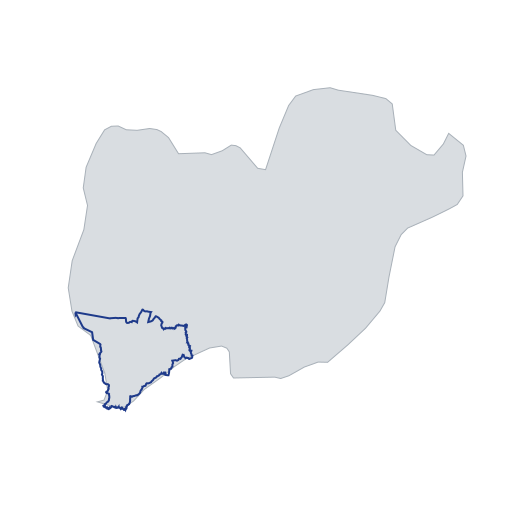 location of Nyagatare, Eastern, Rwanda, rotated 194°
{"feature_id": "39286606B31387731734731", "entity_name": "Nyagatare", "entity_type": "district", "adm_level": 2, "iso_a3": "RWA", "parent_name": "Rwanda", "parent_adm1": "Eastern", "projection": "robinson", "projection_center": [30.27, -1.298], "detail": "fine", "context": "in_parent", "style": "outline", "palette": "blue", "viewbox_px": 512, "rotation_deg": 194, "n_neighbors": 0, "source": "geoboundaries", "source_scale": "gbopen_adm2", "svg_char_len": 6856}
<svg xmlns="http://www.w3.org/2000/svg" viewBox="0 0 512 512"><g transform="rotate(194 256 256)"><path d="M202.4,143.1L208.5,143.0L248.3,132.2L252.2,135.6L258.7,156.5L262.0,159.5L267.6,160.3L278.8,155.5L299.3,139.1L308.2,129.2L318.7,115.2L332.2,99.4L339.7,85.7L347.0,77.6L356.6,75.2L367.2,75.8L374.6,76.1L368.6,79.4L367.3,89.5L374.3,105.6L397.1,138.9L411.7,145.0L421.2,157.9L430.5,179.7L433.2,207.0L429.4,239.9L431.7,264.3L440.1,280.3L442.3,301.0L438.3,326.6L433.4,341.8L427.7,346.9L421.2,348.8L412.4,347.1L401.7,349.2L390.0,354.0L382.7,354.7L378.1,353.8L369.5,349.7L355.9,336.5L330.5,343.8L323.7,343.6L314.3,349.9L306.8,357.6L302.2,358.2L297.5,357.1L275.6,341.5L267.6,342.1L264.4,385.8L260.7,410.0L256.2,420.8L240.6,431.3L224.8,437.2L216.2,436.8L181.6,440.1L168.0,440.1L160.6,436.5L150.8,411.8L132.5,400.7L114.8,395.6L107.7,397.0L101.3,410.0L98.7,421.6L81.6,413.6L76.4,403.8L76.0,387.2L69.7,364.4L73.2,354.7L79.9,348.5L94.1,336.5L115.6,319.8L120.3,311.9L123.3,298.6L121.9,267.8L119.8,241.9L122.4,232.6L132.2,212.5L145.4,192.0L160.8,170.2L170.1,168.1L182.3,159.9L195.2,147.7L202.4,143.1Z" fill="#d9dde1" stroke="#a8b0b8" stroke-width="1"/><path d="M313.6,170.2L314.1,170.5L314.4,170.2L314.5,170.3L314.7,169.8L315.1,169.9L315.3,169.7L315.8,169.7L316.3,169.2L316.3,168.9L316.9,168.2L316.8,167.9L316.6,167.3L316.7,166.6L316.9,166.4L316.9,166.5L317.3,166.3L317.3,166.1L317.7,166.1L317.9,166.1L318.1,166.1L318.0,166.3L318.3,166.3L318.6,165.8L319.1,165.7L319.5,165.5L320.0,166.0L320.3,166.1L321.2,165.1L322.0,165.0L322.3,165.6L322.5,165.6L323.1,164.9L323.7,164.8L323.8,164.6L324.5,164.5L325.8,164.1L326.2,164.4L326.3,164.3L326.1,163.7L326.3,163.5L326.5,163.5L326.7,163.3L327.0,163.4L327.7,163.4L327.9,162.8L328.4,163.4L328.6,163.4L328.8,163.2L329.8,163.6L330.3,164.5L331.2,165.8L331.2,167.5L330.7,168.8L330.8,169.4L331.3,169.7L332.1,169.8L332.3,170.6L334.2,171.5L335.4,172.5L338.1,173.3L338.8,173.2L339.3,171.7L340.2,170.0L340.5,168.9L340.8,168.3L342.2,167.1L344.6,165.8L344.7,169.3L344.3,172.1L344.6,175.4L344.3,176.2L347.3,175.9L348.2,176.0L349.9,175.5L350.8,175.5L351.6,175.8L352.5,176.5L353.0,176.6L353.3,176.4L353.8,174.0L354.9,171.4L355.2,169.5L355.1,168.2L355.8,166.8L355.3,162.8L357.3,163.5L360.0,163.3L360.5,162.7L360.6,161.8L361.2,161.9L362.4,161.5L362.7,161.2L363.1,160.5L364.2,160.0L365.1,159.9L366.0,160.6L366.4,161.5L367.0,163.5L367.6,164.3L373.9,162.7L374.8,162.2L375.2,162.3L377.3,162.0L379.1,161.4L382.5,160.3L382.6,160.1L416.9,157.8L416.9,157.1L417.3,156.9L417.3,156.7L416.7,155.1L416.3,156.1L407.1,145.5L405.9,144.8L405.8,144.3L396.6,142.4L393.7,135.2L386.6,133.1L385.8,132.8L385.5,132.5L385.5,132.0L385.2,130.2L384.5,129.8L383.7,127.7L383.7,127.1L383.5,126.8L383.1,126.4L382.9,126.0L383.0,125.5L383.8,124.0L383.6,123.1L383.7,122.9L384.2,123.0L384.3,122.5L383.8,122.2L383.3,119.5L383.0,119.1L382.5,118.9L382.4,118.4L382.5,117.7L382.4,114.9L382.1,114.3L381.2,113.3L380.4,111.6L380.3,111.0L378.9,109.3L378.9,108.7L378.4,107.7L377.5,107.0L377.2,106.5L376.7,104.9L376.9,103.9L376.6,103.4L375.5,102.3L375.0,100.0L374.5,98.7L374.5,97.9L373.8,97.5L373.0,96.3L372.5,96.3L371.8,96.0L371.2,95.5L370.6,95.4L370.0,95.4L369.2,95.7L368.7,95.8L367.5,95.2L367.3,94.6L367.2,93.8L367.4,92.9L366.8,91.4L367.1,90.8L367.1,89.7L367.4,88.9L368.3,88.2L368.5,87.6L367.8,86.9L365.7,86.9L365.2,86.6L365.1,85.9L364.7,85.1L364.2,83.7L364.0,82.7L364.1,81.7L363.8,80.6L364.1,80.1L364.1,79.1L365.2,78.1L366.1,76.2L366.7,75.8L366.7,75.1L366.9,74.7L367.8,73.9L367.4,73.5L367.4,73.1L367.2,73.0L366.9,73.2L367.0,73.5L366.7,73.6L366.8,73.2L366.2,72.9L366.0,73.2L365.5,73.1L364.9,72.5L364.7,72.6L363.7,72.2L363.6,72.4L363.4,71.9L363.2,71.9L363.0,72.2L363.2,72.5L362.9,72.4L362.9,72.2L362.6,72.1L362.7,72.5L362.4,72.1L362.1,72.0L361.9,72.3L361.6,72.1L361.2,72.6L361.4,73.0L361.1,73.0L361.1,73.5L360.9,73.4L361.0,72.9L360.6,73.2L360.3,73.9L360.8,74.0L360.0,74.2L359.8,74.9L359.9,75.1L359.6,75.3L359.6,75.5L359.0,75.5L358.4,75.2L357.4,75.3L357.2,75.1L356.8,75.3L356.4,75.0L356.2,75.2L355.5,74.9L355.3,74.9L355.3,75.3L354.9,74.8L354.6,75.0L354.8,75.2L354.2,75.4L354.2,75.0L353.5,75.3L353.5,75.6L353.1,76.1L352.9,76.0L352.8,76.3L352.7,76.0L352.3,76.1L352.0,75.8L351.8,75.8L351.8,76.1L351.7,75.9L351.1,75.7L350.9,75.3L350.4,75.1L350.1,74.8L349.7,75.4L349.2,75.8L349.3,76.0L349.7,76.2L349.5,76.6L349.2,76.5L349.2,76.3L348.9,75.8L348.7,75.5L348.1,75.6L347.9,75.8L348.0,76.0L347.7,75.6L347.3,75.6L347.3,75.3L346.9,75.3L347.0,74.9L346.8,74.7L346.2,74.9L345.9,75.5L345.5,75.1L345.5,75.3L345.7,75.8L345.4,75.8L345.3,76.0L345.5,76.4L345.5,76.6L344.9,76.6L344.8,77.1L344.9,77.5L345.2,77.5L345.3,78.0L345.2,78.3L345.3,78.6L344.9,78.9L345.0,79.3L344.9,80.2L344.7,80.4L344.0,80.6L343.8,81.1L343.4,81.4L343.5,81.7L343.1,82.2L343.1,82.9L343.0,83.1L343.0,83.9L343.0,84.3L343.1,84.7L343.2,84.8L343.2,85.8L343.6,86.6L343.6,87.3L343.7,87.6L343.6,88.1L344.0,88.7L344.1,89.5L343.9,89.6L343.5,89.3L343.2,89.5L343.0,89.3L342.3,89.5L342.0,89.6L342.0,89.8L341.6,90.0L341.3,90.4L340.2,90.7L339.2,91.5L338.4,91.7L338.3,92.0L337.2,92.3L337.0,92.9L336.4,93.4L335.4,95.2L335.4,97.2L334.8,98.9L334.6,98.9L334.5,100.2L334.3,100.8L334.3,101.3L334.5,101.6L334.1,101.7L333.7,102.3L332.9,103.0L332.4,103.0L331.8,103.4L331.7,104.1L331.7,105.2L331.4,105.9L331.0,106.2L330.5,106.1L329.4,106.5L327.3,108.1L327.1,109.0L325.9,110.7L325.4,112.4L325.0,112.9L324.6,113.0L323.5,114.0L323.1,115.2L322.8,115.2L322.4,115.6L321.4,116.5L321.1,116.9L321.0,117.7L320.2,118.0L319.8,118.4L319.4,119.8L318.4,119.1L317.1,119.3L317.1,120.7L315.8,121.0L315.3,119.8L315.2,118.7L312.9,118.9L312.1,119.1L312.1,121.5L312.6,124.6L312.8,125.1L311.1,126.2L311.1,127.5L310.3,128.5L310.9,130.4L310.5,132.1L311.9,134.2L308.7,135.5L307.4,135.3L307.2,135.4L306.1,136.4L305.9,137.6L305.0,138.0L304.4,137.9L304.1,139.0L303.6,139.7L303.3,142.4L302.7,142.3L302.3,142.5L301.9,141.9L301.3,140.8L299.6,139.8L299.0,140.5L298.6,140.7L298.1,140.4L297.0,140.6L296.4,140.0L295.6,140.0L295.4,140.2L295.2,140.6L293.9,141.3L293.5,141.7L293.4,142.1L293.5,142.6L293.6,144.0L294.5,144.1L295.1,145.5L295.5,145.8L295.9,146.5L296.0,147.3L295.8,147.6L295.8,148.5L297.0,148.4L297.4,148.1L297.8,148.4L297.9,148.8L297.7,149.1L297.6,149.9L298.1,150.9L298.1,151.1L298.5,150.9L298.7,151.0L299.1,152.6L298.8,152.9L300.2,153.4L300.2,154.1L300.5,154.8L300.9,154.8L301.0,155.3L301.5,155.8L301.8,155.7L301.7,156.2L302.1,156.6L302.6,158.0L302.7,158.6L303.3,159.4L303.1,160.1L303.3,160.1L303.7,160.7L303.5,160.8L303.8,162.3L304.1,162.0L304.4,162.0L304.6,162.4L305.2,162.8L305.3,163.9L305.7,164.7L305.3,165.2L305.2,165.5L305.6,166.1L306.7,167.1L307.4,169.5L307.3,169.9L306.9,169.7L306.1,169.9L306.1,170.0L306.2,170.4L306.2,170.9L306.3,171.2L306.2,171.7L306.3,172.2L306.5,172.2L306.8,172.6L307.2,172.7L307.4,172.4L307.9,172.2L308.3,171.7L308.3,171.2L309.4,170.6L309.9,170.7L310.0,170.6L311.1,170.6L312.2,170.3L313.1,170.4L313.6,170.2Z" fill="none" stroke="#1e3a8a" stroke-width="2"/></g></svg>